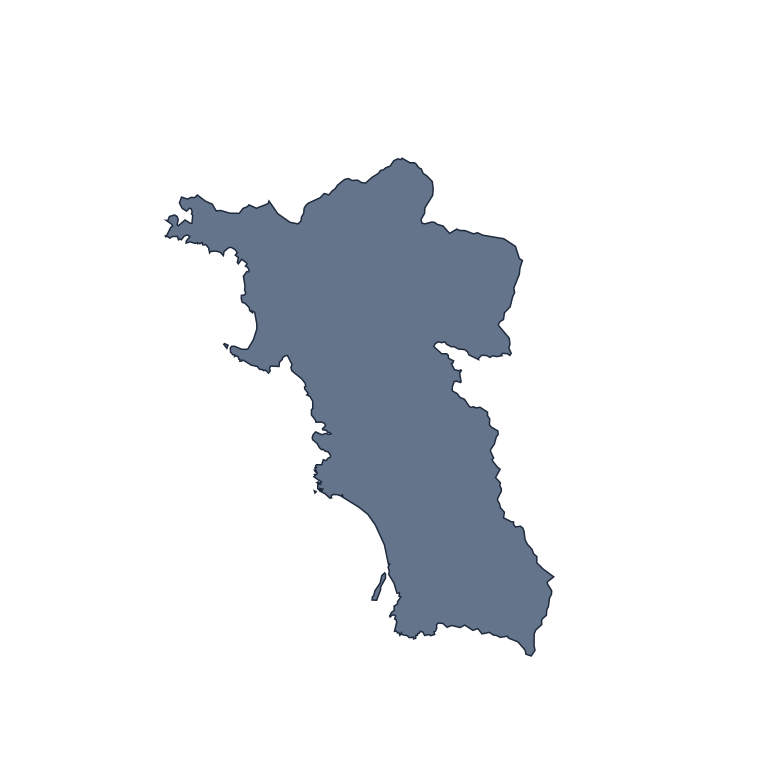 Bolaang Mongondow Timur, Sulawesi Utara, Indonesia, rotated 123°
{"feature_id": "22746128B26195600949416", "entity_name": "Bolaang Mongondow Timur", "entity_type": "district", "adm_level": 2, "iso_a3": "IDN", "parent_name": "Indonesia", "parent_adm1": "Sulawesi Utara", "projection": "albers", "projection_center": [124.549, 0.712], "detail": "fine", "context": "isolated", "style": "filled", "palette": "slate", "viewbox_px": 768, "rotation_deg": 123, "n_neighbors": 0, "source": "geoboundaries", "source_scale": "gbopen_adm2", "svg_char_len": 6176}
<svg xmlns="http://www.w3.org/2000/svg" viewBox="0 0 768 768"><g transform="rotate(123 384 384)"><path d="M205.0,335.2L205.1,338.8L197.0,348.7L196.9,362.6L205.4,382.2L206.2,387.9L209.3,390.7L211.2,399.5L214.1,404.4L214.4,407.3L222.0,411.0L219.3,420.6L221.1,426.2L220.9,429.4L221.9,431.9L227.5,437.0L228.4,439.8L225.7,442.6L218.9,442.9L214.1,445.6L199.5,445.9L194.0,448.7L187.9,453.8L186.1,461.5L186.1,465.8L183.3,469.9L183.7,472.8L182.0,476.9L181.9,479.0L184.3,482.7L184.8,491.8L186.6,492.1L187.7,495.1L191.4,497.4L197.9,497.5L201.7,500.3L204.6,501.1L207.0,503.4L210.0,503.2L217.2,506.6L225.5,508.9L227.3,512.3L227.4,517.1L230.9,521.9L231.0,525.6L234.0,528.5L242.6,531.3L247.0,531.3L250.6,532.7L255.3,533.1L256.8,537.9L262.6,539.0L273.6,546.0L276.3,546.8L280.0,546.7L284.7,544.3L289.0,544.1L292.6,542.4L296.6,543.3L299.6,551.0L299.0,565.9L293.2,580.1L295.8,579.4L306.1,586.7L307.3,594.8L309.8,595.2L313.5,597.9L319.7,598.3L324.7,606.3L327.4,615.5L330.2,619.0L326.7,626.0L327.9,633.2L327.2,643.5L330.7,644.2L332.5,647.4L335.9,649.5L337.5,655.6L343.6,654.2L346.6,649.0L346.6,643.8L342.5,642.8L342.1,641.0L344.4,638.4L346.2,638.2L346.8,636.2L353.7,632.7L354.7,633.6L354.8,640.2L363.4,642.7L362.9,644.3L358.1,646.2L356.2,648.8L356.3,651.7L360.4,655.2L364.6,654.3L365.4,655.7L365.6,649.5L366.6,647.4L369.1,648.2L377.4,647.1L379.0,648.1L379.4,647.2L378.3,646.4L378.3,643.0L375.7,641.9L372.7,637.6L375.0,634.9L373.7,634.4L373.4,632.5L368.7,632.1L366.0,630.0L366.3,627.0L371.8,627.7L373.6,626.7L370.4,624.1L369.0,619.0L367.7,618.0L367.9,616.9L366.9,617.0L366.8,615.0L364.4,613.6L366.1,611.8L364.2,609.3L365.4,605.2L369.0,601.7L367.3,601.6L364.1,597.5L362.7,593.0L363.8,588.7L360.0,590.3L354.3,588.5L352.6,586.6L352.4,581.8L353.8,578.6L357.0,578.9L357.3,575.0L362.0,573.2L362.5,571.6L357.0,571.3L357.2,565.6L358.0,564.2L360.6,564.5L360.5,561.8L362.0,559.1L363.6,558.6L364.4,560.3L370.2,560.6L377.6,553.9L381.1,552.1L383.0,549.5L385.3,549.4L387.3,551.9L390.3,550.1L392.8,547.3L392.0,544.8L392.7,540.9L393.6,538.4L395.6,536.6L395.8,533.5L394.7,534.6L394.4,531.4L402.9,523.4L407.2,520.6L418.2,517.6L429.2,517.3L432.4,522.3L433.8,530.1L435.5,532.4L437.8,532.4L440.9,529.9L441.8,526.5L440.9,525.1L442.3,524.3L441.2,523.9L440.5,521.0L442.3,519.3L441.9,518.2L443.4,517.3L442.3,515.8L441.1,515.9L440.6,514.2L440.5,505.6L438.3,499.8L439.5,496.4L438.1,493.6L438.4,492.2L436.9,491.0L437.8,486.7L434.9,486.6L433.2,488.6L430.7,488.8L426.5,481.6L422.6,483.5L418.9,482.7L416.9,483.4L413.5,481.8L412.8,480.3L417.8,471.7L420.9,471.1L423.1,468.5L424.5,455.9L426.3,450.5L428.6,448.4L429.8,449.0L431.4,447.7L433.2,442.3L435.3,442.8L434.8,439.2L437.3,434.4L443.5,430.3L444.9,430.9L449.5,428.0L451.4,422.3L453.1,420.2L450.2,416.0L449.3,412.6L450.9,410.3L455.0,411.2L455.8,410.4L454.2,407.0L455.3,405.0L454.3,403.5L454.6,401.2L456.2,402.6L457.4,406.2L460.3,408.3L461.4,415.3L465.1,415.8L468.1,415.0L469.6,413.4L470.2,407.9L472.6,403.4L473.1,400.4L471.9,399.6L472.4,396.6L471.3,394.1L472.9,390.0L474.5,389.1L476.7,390.5L479.8,390.9L480.6,393.7L485.6,392.2L488.5,396.7L490.0,396.8L490.8,395.3L491.9,396.3L495.1,391.6L496.4,391.3L497.8,393.0L498.3,391.8L500.0,392.3L500.2,383.0L502.2,384.1L502.6,382.8L503.9,385.0L507.8,382.7L508.3,380.6L506.6,381.1L505.4,378.1L507.2,377.8L507.5,379.5L508.7,379.1L508.1,373.7L509.2,367.2L508.0,365.9L506.8,367.3L504.6,366.7L502.3,363.1L501.4,359.5L499.7,358.6L500.4,357.5L501.4,358.3L501.0,337.9L502.1,326.5L506.9,314.6L518.7,296.0L533.3,281.6L531.9,282.0L531.8,281.1L535.3,280.9L537.9,277.8L541.2,276.2L545.6,267.1L552.4,259.2L550.8,257.3L553.8,255.8L553.4,253.9L559.0,254.1L561.2,252.9L564.8,254.6L568.2,252.1L571.4,253.3L575.5,252.9L576.1,251.9L573.7,251.4L572.1,249.7L572.2,247.9L575.3,247.1L575.0,245.4L577.1,243.5L585.7,240.5L584.5,239.3L585.4,237.0L584.6,235.9L586.1,233.8L583.2,233.9L584.4,232.5L582.4,227.4L583.0,224.7L580.4,221.4L581.7,220.4L580.1,218.9L577.4,220.3L576.6,219.1L574.9,219.8L574.0,218.8L571.7,218.9L570.9,216.1L572.8,213.0L569.7,209.8L569.6,207.7L566.5,205.1L564.6,207.1L563.4,206.3L560.2,206.7L557.2,208.9L554.9,208.2L552.7,204.1L553.7,198.6L549.6,195.7L546.8,187.5L542.2,185.0L542.2,175.3L538.0,172.0L540.2,165.7L534.9,160.3L535.0,155.5L533.6,152.7L533.2,148.6L528.4,143.2L529.3,141.0L527.3,131.3L530.4,120.6L533.3,117.8L531.9,112.4L525.1,112.3L521.9,115.5L511.7,122.0L507.6,122.7L499.8,120.7L496.4,123.1L494.6,123.3L489.6,121.8L484.6,124.6L481.1,124.9L473.4,128.6L469.2,129.0L466.0,130.8L462.7,137.9L461.0,139.3L453.3,136.6L452.5,149.9L450.7,158.5L445.5,161.8L444.9,166.1L442.1,169.7L440.3,176.5L437.8,180.8L431.0,186.6L429.2,189.3L429.0,192.2L432.3,195.9L431.4,198.7L429.1,200.2L430.2,202.3L431.1,210.9L426.0,213.2L424.5,218.7L421.3,222.2L419.8,225.3L418.3,226.3L410.1,227.2L407.8,228.7L406.2,231.6L403.5,232.6L401.7,239.5L392.2,240.2L392.0,243.4L389.3,251.3L388.3,252.1L386.4,251.7L382.4,258.1L380.7,258.9L374.4,258.7L367.1,261.0L364.4,260.7L361.3,262.9L361.7,270.4L360.7,273.5L355.8,276.2L354.2,279.9L351.2,281.9L351.2,290.8L354.0,293.8L354.3,296.7L355.9,297.7L356.5,300.0L353.0,308.1L353.8,313.4L352.2,317.3L352.6,322.9L349.5,325.0L343.7,326.5L341.9,324.2L341.2,320.8L340.2,320.5L333.7,326.5L330.6,326.4L330.3,327.3L331.9,328.1L333.6,332.7L330.3,338.5L329.0,337.7L326.7,338.2L327.3,343.8L324.8,346.0L324.5,347.9L327.2,352.1L325.5,362.6L322.5,363.0L319.1,361.6L317.9,358.1L315.5,356.0L316.6,353.1L316.1,347.7L314.6,345.9L314.1,340.5L311.2,335.0L311.5,331.5L313.3,328.6L312.0,317.9L311.0,318.7L306.7,317.7L304.2,313.4L304.0,309.6L301.0,308.1L299.8,304.6L296.0,300.5L295.6,301.6L293.7,301.2L291.4,297.1L291.5,294.1L289.0,294.0L285.7,299.0L281.9,300.1L277.4,303.9L272.5,319.9L271.2,320.6L268.5,320.7L264.9,318.9L258.6,321.8L250.6,320.2L240.5,323.7L236.2,324.2L232.9,327.4L218.4,330.2L212.8,333.1L205.0,335.2ZM569.4,272.4L558.3,274.8L556.1,276.3L546.3,276.9L542.5,279.2L542.1,280.6L545.9,281.5L553.1,278.8L562.3,279.0L567.1,277.4L569.1,277.7L571.7,276.4L569.4,272.4ZM439.7,535.2L436.4,535.9L437.0,539.8L438.0,540.0L439.7,535.2ZM511.5,384.3L513.0,382.5L511.3,382.2L511.5,384.3ZM494.1,395.4L494.9,394.1L495.0,393.2L493.6,394.3L494.1,395.4ZM503.0,385.6L501.4,385.6L503.2,386.5L503.0,385.6Z" fill="#64748b" stroke="#1e293b" stroke-width="1.5"/></g></svg>